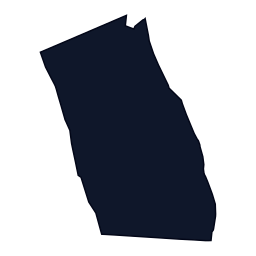 Nuevo Morelos, Tamaulipas, Mexico
{"feature_id": "50627088B99419541520683", "entity_name": "Nuevo Morelos", "entity_type": "district", "adm_level": 2, "iso_a3": "MEX", "parent_name": "Mexico", "parent_adm1": "Tamaulipas", "projection": "robinson", "projection_center": [-99.189, 22.515], "detail": "fine", "context": "isolated", "style": "filled", "palette": "ink", "viewbox_px": 256, "rotation_deg": 0, "n_neighbors": 0, "source": "geoboundaries", "source_scale": "gbopen_adm2", "svg_char_len": 1068}
<svg xmlns="http://www.w3.org/2000/svg" viewBox="0 0 256 256"><path d="M105.8,234.4L115.9,235.0L132.9,236.1L158.0,237.7L179.2,239.1L189.0,239.6L190.9,239.7L191.1,239.7L193.2,239.8L205.7,240.6L208.0,240.6L211.0,240.5L211.9,231.9L213.1,230.3L213.5,229.1L215.5,216.3L215.6,214.0L215.3,205.3L215.3,204.6L215.2,204.0L215.1,203.5L215.0,203.3L212.4,194.6L211.5,192.1L207.8,182.2L205.5,176.6L204.5,174.8L203.9,172.9L203.4,168.9L203.8,164.6L202.8,156.7L200.0,146.7L199.8,144.9L198.6,141.4L198.2,140.5L197.6,139.7L197.3,139.4L194.1,133.4L186.3,114.6L182.3,103.7L181.3,100.2L169.0,88.1L168.9,87.7L168.2,85.2L158.4,65.0L153.5,53.7L149.2,41.0L148.4,35.5L145.1,18.6L144.4,19.4L143.1,19.8L135.0,26.3L133.8,29.1L125.3,25.8L126.4,15.4L64.6,41.9L40.4,52.2L45.6,67.1L47.1,70.0L51.0,77.6L54.3,83.9L55.4,86.2L56.3,89.0L58.3,96.2L61.2,106.0L65.0,119.3L65.0,119.5L66.6,122.9L66.8,123.4L68.5,127.2L69.9,130.3L71.6,143.5L72.9,149.8L75.4,161.5L78.0,174.2L78.2,175.3L81.1,177.3L81.3,178.1L88.8,202.0L95.9,213.0L101.7,234.2L105.8,234.4Z" fill="#0f172a" stroke="#020617" stroke-width="1.5"/></svg>